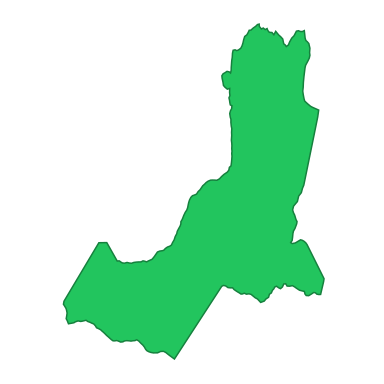 Banabuiú, Ceará, Brazil (Equal Earth projection), rotated 179°
{"feature_id": "56859067B2884991819750", "entity_name": "Banabuiú", "entity_type": "district", "adm_level": 2, "iso_a3": "BRA", "parent_name": "Brazil", "parent_adm1": "Ceará", "projection": "equal_earth", "projection_center": [-38.898, -5.294], "detail": "fine", "context": "isolated", "style": "filled", "palette": "green", "viewbox_px": 384, "rotation_deg": 179, "n_neighbors": 0, "source": "geoboundaries", "source_scale": "gbopen_adm2", "svg_char_len": 3884}
<svg xmlns="http://www.w3.org/2000/svg" viewBox="0 0 384 384"><g transform="rotate(179 192 192)"><path d="M317.8,62.4L312.4,63.3L310.9,64.2L308.2,65.1L305.5,64.5L302.8,65.0L300.2,65.6L298.4,64.3L296.4,63.6L294.5,62.6L292.6,61.8L291.0,60.0L289.8,57.9L287.8,57.0L285.8,55.9L284.4,54.5L283.0,53.3L281.3,51.6L279.9,50.1L278.2,48.6L276.5,47.0L275.1,45.7L273.6,44.6L271.8,44.5L270.0,44.8L268.3,44.3L266.0,43.2L263.7,43.4L262.0,44.3L259.9,44.5L257.4,44.3L255.6,44.0L253.6,44.3L251.6,44.4L249.9,45.2L247.9,44.0L245.6,41.5L243.8,39.8L242.3,37.8L241.2,35.7L240.0,34.2L238.1,33.1L235.9,32.3L233.4,31.8L231.5,31.8L229.2,31.8L226.2,33.1L223.3,33.2L221.0,32.0L218.6,30.0L216.7,28.5L214.7,27.0L212.5,25.3L164.0,97.1L162.4,98.0L160.1,97.6L157.7,95.8L155.4,95.5L153.1,95.5L151.7,93.8L150.2,92.7L148.3,91.4L146.3,90.2L144.8,89.1L143.2,89.2L141.5,89.9L139.4,88.9L136.8,89.2L134.7,88.6L132.6,86.8L130.6,85.1L128.4,83.9L126.9,82.2L125.3,80.4L123.2,81.1L121.6,81.7L120.0,83.7L117.3,85.4L116.4,88.4L114.4,89.7L113.3,92.3L112.0,93.6L110.9,95.6L109.1,96.3L107.0,94.7L105.2,93.8L103.2,95.5L101.9,98.4L99.9,98.6L98.6,96.3L96.1,96.1L93.2,96.6L91.0,95.3L89.3,94.0L86.2,91.9L81.4,90.6L80.8,88.0L79.6,86.5L77.1,86.3L74.4,87.9L72.0,89.4L70.4,89.1L69.0,87.7L67.2,87.3L65.2,87.3L62.0,100.0L61.5,103.0L77.9,137.4L79.2,139.3L80.9,140.8L82.6,141.8L84.3,142.3L89.7,139.2L92.8,138.7L94.2,139.7L92.7,141.8L92.2,145.2L91.8,148.8L91.2,151.2L89.7,153.7L87.9,158.3L87.5,160.6L88.5,162.6L89.8,167.2L90.9,169.5L91.7,172.3L90.7,176.1L88.3,178.9L86.8,180.6L85.4,186.1L84.0,187.8L82.7,189.4L81.5,193.7L80.1,196.9L69.0,246.7L65.0,264.8L63.9,271.7L65.8,272.6L69.9,274.5L71.9,275.6L74.9,278.2L77.7,280.9L78.4,283.5L79.1,287.7L79.5,290.9L79.0,294.8L78.7,299.7L78.0,305.9L76.8,314.3L76.2,316.7L73.6,321.4L72.4,323.8L71.7,326.7L72.0,329.3L71.6,333.7L72.6,338.4L74.1,340.2L75.5,341.5L76.2,343.9L76.9,351.4L78.9,350.5L80.9,350.6L82.7,351.4L84.8,351.0L87.2,346.5L89.6,344.1L91.9,340.1L93.0,337.4L95.2,335.8L96.2,337.4L97.7,338.6L98.6,343.4L100.6,345.7L102.6,347.5L105.5,351.2L107.4,347.8L109.3,350.1L111.9,350.3L113.4,352.2L114.1,354.1L116.0,353.1L117.9,354.7L119.8,353.8L121.8,356.4L121.9,358.7L123.6,358.3L125.5,356.5L127.9,354.9L130.3,352.8L132.0,352.7L133.0,350.6L134.4,348.2L136.6,346.6L137.7,343.3L138.4,340.3L139.4,337.3L140.7,334.9L143.2,333.1L144.9,332.6L146.4,333.4L148.4,333.0L149.1,330.1L149.4,326.0L150.0,322.5L150.3,319.0L150.6,315.8L150.7,313.1L151.4,310.3L152.8,311.5L154.9,312.0L156.9,310.7L158.8,309.7L160.1,307.7L159.9,305.2L159.1,301.2L158.7,298.0L157.2,296.2L154.9,294.2L152.5,294.9L152.7,290.8L152.4,287.7L153.4,285.5L152.9,283.1L152.6,280.6L152.2,278.4L150.6,277.6L150.9,274.6L152.1,272.6L152.9,269.8L152.4,266.0L151.8,263.9L151.9,260.9L151.6,257.2L151.1,254.7L151.4,250.9L151.3,247.9L151.7,243.0L151.4,240.2L151.3,237.5L151.5,234.6L151.3,232.0L151.6,229.8L151.4,227.1L151.7,223.7L152.0,221.0L152.5,217.5L154.2,216.0L154.8,213.2L156.3,211.3L158.1,210.1L159.8,209.0L162.2,206.9L164.3,204.7L166.9,203.3L169.3,203.5L171.3,203.6L173.3,203.5L175.8,202.5L177.7,201.2L179.3,199.6L181.2,198.0L182.5,196.1L183.9,194.1L185.8,192.4L187.5,189.8L189.7,188.9L191.6,188.3L193.2,186.7L194.6,184.1L195.5,181.5L196.1,178.9L196.6,176.5L197.5,174.1L199.1,171.8L200.7,168.6L201.6,166.3L202.5,164.3L203.6,162.6L203.7,160.3L204.5,158.1L205.7,156.1L207.4,153.0L208.0,150.5L209.5,147.9L210.7,144.4L212.3,141.8L213.5,139.3L215.2,138.2L217.5,137.4L219.6,136.0L221.3,134.2L222.8,133.8L225.3,133.5L227.6,132.6L229.1,130.5L230.9,128.0L233.0,125.5L235.0,124.6L236.9,123.8L238.6,122.9L240.4,123.6L242.2,124.0L244.2,123.0L246.6,123.0L248.7,122.9L251.4,122.6L253.7,121.8L256.0,122.1L258.2,122.7L260.6,122.0L262.9,122.3L264.5,123.3L265.9,124.4L268.0,124.3L278.1,142.9L286.0,142.9L321.9,85.0L322.5,82.0L321.3,80.1L319.9,77.6L319.4,75.5L319.0,73.1L319.5,70.1L320.0,67.5L319.0,65.6L317.8,62.4Z" fill="#22c55e" stroke="#15803d" stroke-width="1.5"/></g></svg>